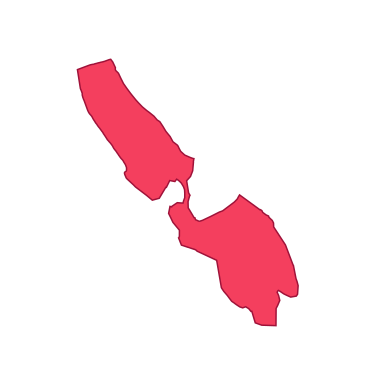 outline of Raydah, Amran, Yemen, rotated 160°
{"feature_id": "15242507B40923002776942", "entity_name": "Raydah", "entity_type": "district", "adm_level": 2, "iso_a3": "YEM", "parent_name": "Yemen", "parent_adm1": "Amran", "projection": "equal_earth", "projection_center": [44.059, 15.769], "detail": "fine", "context": "isolated", "style": "filled", "palette": "rose", "viewbox_px": 384, "rotation_deg": 160, "n_neighbors": 0, "source": "geoboundaries", "source_scale": "gbopen_adm2", "svg_char_len": 3650}
<svg xmlns="http://www.w3.org/2000/svg" viewBox="0 0 384 384"><g transform="rotate(160 192 192)"><path d="M257.8,346.2L261.5,327.4L261.5,326.5L261.4,325.4L261.4,324.2L261.4,323.2L261.4,322.3L261.7,321.5L262.0,320.6L262.1,319.5L262.1,319.4L262.2,318.5L262.2,317.6L262.2,316.8L262.2,315.9L262.1,315.1L262.1,314.0L262.1,313.1L262.1,312.2L262.1,311.3L262.1,310.9L262.1,310.3L262.1,308.8L262.1,308.0L262.1,307.0L262.1,306.0L262.1,305.1L262.1,304.2L262.0,303.3L261.9,302.3L261.7,301.3L261.5,300.5L261.1,299.5L260.7,298.5L260.4,297.6L260.2,296.8L260.1,295.9L260.0,295.1L259.8,293.9L259.5,292.6L259.2,291.5L259.1,290.7L258.8,289.5L258.5,288.7L258.2,287.9L258.1,287.0L257.8,286.0L257.5,285.0L257.2,284.2L256.9,283.4L256.7,282.6L256.4,281.5L256.1,280.6L255.9,279.8L255.6,279.0L255.4,278.2L255.3,277.1L255.0,276.2L254.8,275.3L254.8,275.2L254.5,274.1L254.3,273.2L254.0,271.9L253.8,270.9L253.6,269.9L253.2,269.1L252.9,268.2L252.6,267.4L252.2,266.5L251.9,265.6L251.6,264.7L251.3,263.8L251.1,262.9L250.9,262.1L250.8,261.1L250.6,259.9L250.4,259.1L250.1,258.2L249.8,257.3L249.5,256.5L249.3,255.7L249.1,254.9L248.8,253.6L248.5,252.7L248.3,251.7L248.1,250.9L247.9,250.4L247.8,249.8L247.6,249.1L247.5,248.9L247.3,248.1L247.0,247.3L246.6,246.5L246.2,245.5L246.0,244.6L245.9,243.7L245.7,242.7L245.6,242.2L245.5,241.8L245.3,240.8L245.2,240.1L245.2,237.3L245.8,235.6L246.2,234.7L246.7,234.1L247.4,233.9L248.0,233.8L248.6,233.5L249.0,232.9L249.2,231.5L249.0,227.7L248.5,226.4L248.2,225.8L244.6,218.8L243.4,216.1L235.8,204.3L232.1,197.9L224.9,197.3L215.0,205.4L214.5,205.1L209.0,210.4L204.5,207.7L202.0,209.3L200.8,207.6L200.0,206.2L199.0,204.0L198.5,201.5L198.2,199.8L198.2,196.7L199.3,193.1L200.8,189.1L203.0,186.5L204.2,184.7L206.2,185.5L209.5,187.0L215.9,185.4L216.2,185.0L217.6,186.0L221.3,179.9L220.9,176.3L220.3,170.0L216.9,160.4L219.0,154.7L220.1,153.4L220.3,153.4L220.1,145.7L208.4,136.5L207.4,134.6L192.2,119.4L192.7,116.4L197.1,92.1L197.0,91.4L196.1,87.7L194.2,82.7L193.6,80.7L193.2,79.3L192.1,75.8L188.7,70.8L188.1,70.0L186.4,67.7L184.0,65.8L180.8,65.8L178.6,63.0L177.4,59.6L176.6,59.5L177.3,47.4L172.0,43.0L158.8,37.7L152.8,53.8L150.4,56.0L146.6,60.1L146.0,65.2L146.3,68.7L145.4,69.5L144.6,70.0L144.4,70.0L143.2,68.5L140.6,64.9L138.3,62.5L135.2,59.5L129.6,58.5L127.8,59.8L124.3,67.7L123.9,72.0L123.9,75.0L121.8,88.4L122.0,89.0L122.3,110.3L127.2,131.2L126.0,135.0L126.3,137.8L128.3,141.8L128.3,143.3L130.2,145.1L132.5,148.6L132.7,150.6L133.7,152.0L134.2,152.0L148.3,173.0L149.7,171.9L151.9,169.9L155.2,168.3L155.6,168.1L169.3,163.9L169.8,163.8L173.1,163.8L182.3,162.7L191.8,161.8L194.7,161.9L195.5,162.2L198.2,164.8L198.1,166.8L198.8,167.1L200.5,176.0L201.0,178.4L199.0,184.3L195.7,189.0L195.0,189.6L195.5,192.3L193.2,204.4L188.1,207.1L184.1,211.7L180.5,219.4L180.3,220.1L178.8,222.7L179.2,222.9L180.0,223.5L181.8,225.0L186.2,229.2L188.7,234.0L189.2,237.3L189.4,239.9L189.6,240.6L189.7,241.0L192.7,245.7L193.6,251.6L195.8,257.9L196.9,263.6L198.2,269.1L200.1,271.6L201.8,276.2L204.8,281.2L206.6,283.9L209.5,288.9L211.8,294.1L213.3,297.8L215.1,303.0L216.1,306.0L217.8,311.7L219.3,317.3L219.5,319.1L220.0,323.3L220.5,328.8L222.1,332.2L222.2,333.1L221.7,334.6L221.4,335.2L221.5,335.7L222.0,341.3L223.0,344.5L223.7,344.6L224.5,344.7L225.2,344.7L226.0,344.7L226.8,344.7L227.6,344.7L228.3,344.7L229.0,344.7L229.7,344.7L230.3,344.8L231.1,344.8L231.8,344.9L232.5,345.0L233.2,345.1L233.9,345.2L234.6,345.2L235.2,345.3L236.1,345.4L237.0,345.5L237.8,345.5L238.4,345.6L239.3,345.7L240.0,345.7L240.6,345.7L241.3,345.8L241.9,346.0L242.7,346.1L243.4,346.2L244.3,346.3L244.9,346.3L245.7,346.3L246.6,346.3L257.8,346.2Z" fill="#f43f5e" stroke="#9f1239" stroke-width="1.5"/></g></svg>